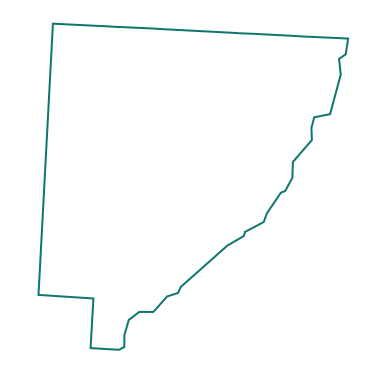 Lac qui Parle, Minnesota, United States of America, rotated 93°
{"feature_id": "52423323B12319961540390", "entity_name": "Lac qui Parle", "entity_type": "district", "adm_level": 2, "iso_a3": "USA", "parent_name": "United States of America", "parent_adm1": "Minnesota", "projection": "mercator", "projection_center": [-96.201, 45.037], "detail": "fine", "context": "isolated", "style": "outline", "palette": "teal", "viewbox_px": 384, "rotation_deg": 93, "n_neighbors": 0, "source": "geoboundaries", "source_scale": "gbopen_adm2", "svg_char_len": 693}
<svg xmlns="http://www.w3.org/2000/svg" viewBox="0 0 384 384"><g transform="rotate(93 192 192)"><path d="M31.2,339.7L302.8,339.9L303.5,284.9L353.2,285.1L353.4,256.7L350.4,251.5L338.4,252.0L323.0,248.4L314.5,238.3L313.8,224.3L297.6,211.4L293.6,200.7L287.2,198.1L243.6,153.8L233.2,137.9L229.1,137.0L218.2,118.8L209.4,116.1L188.0,103.2L186.2,99.0L172.5,92.5L156.7,92.8L133.8,75.0L121.7,76.1L111.0,73.8L107.0,58.2L67.0,49.6L51.3,52.1L46.5,45.7L30.6,44.1L30.8,82.5L30.9,85.2L30.9,86.3L30.8,102.0L30.8,136.8L30.8,137.7L31.0,155.3L30.9,156.1L30.9,183.1L30.9,184.0L30.9,189.0L30.9,230.3L30.8,239.7L31.0,272.9L31.1,275.4L31.0,286.0L31.2,339.7Z" fill="none" stroke="#0f766e" stroke-width="2"/></g></svg>